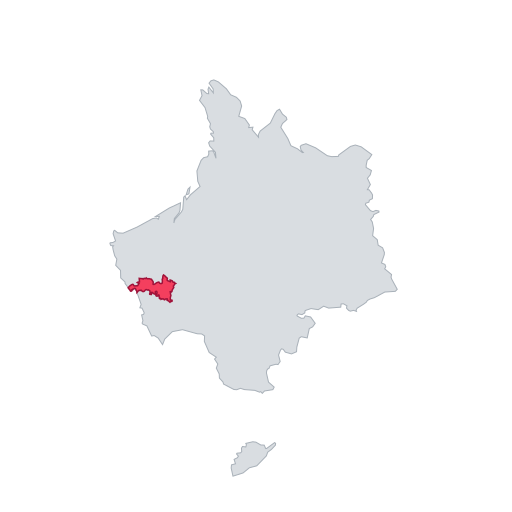 where Haute-Garonne sits in France, rotated 52°
{"feature_id": "FRA-5298", "entity_name": "Haute-Garonne", "entity_type": "Metropolitan department", "adm_level": 1, "iso_a3": "FRA", "parent_name": "France", "parent_adm1": "", "projection": "albers", "projection_center": [1.234, 43.301], "detail": "fine", "context": "in_parent", "style": "filled", "palette": "rose", "viewbox_px": 512, "rotation_deg": 52, "n_neighbors": 0, "source": "natural_earth", "source_scale": "10m", "svg_char_len": 6773}
<svg xmlns="http://www.w3.org/2000/svg" viewBox="0 0 512 512"><g transform="rotate(52 256 256)"><path d="M361.5,210.9L358.9,212.6L357.5,215.7L355.9,216.5L352.8,216.8L351.2,215.0L347.5,216.5L346.2,218.5L348.5,220.7L341.8,230.8L337.2,233.6L336.6,240.0L331.3,245.0L329.5,250.1L329.4,251.1L330.9,252.6L330.5,255.9L327.7,258.2L327.9,260.2L328.7,260.5L333.0,258.6L334.5,256.6L333.5,254.0L337.7,250.5L345.5,250.8L346.7,255.0L346.0,258.7L352.1,266.1L347.5,270.0L347.3,272.5L352.9,279.9L356.4,283.0L355.0,288.3L349.8,292.1L346.3,292.0L344.9,293.0L345.2,294.6L347.9,299.2L354.0,301.9L355.1,305.5L353.6,306.9L351.2,312.5L352.6,315.1L352.2,316.3L352.9,318.1L354.6,319.8L363.1,323.8L370.5,322.4L371.7,325.0L367.6,332.4L368.1,335.6L365.8,335.8L365.5,337.0L361.1,339.7L354.1,347.4L350.7,349.7L349.5,353.5L347.6,355.6L337.0,360.4L335.0,359.6L329.7,360.0L326.3,357.6L319.9,356.3L317.6,352.6L311.7,352.1L311.3,349.6L303.2,352.3L291.5,349.3L287.3,345.7L284.0,346.8L281.1,350.2L268.8,359.3L264.1,368.5L265.3,379.1L268.3,384.2L260.5,383.6L256.0,385.2L254.8,387.5L243.9,385.0L239.9,387.2L238.8,387.1L237.3,384.9L232.0,382.4L232.8,380.6L232.0,379.1L227.0,377.9L225.3,379.4L223.4,376.3L209.3,371.5L207.1,371.5L206.1,376.3L197.1,376.1L195.8,375.2L190.0,376.1L183.9,371.6L177.0,372.3L172.8,367.6L168.8,367.2L163.0,364.7L160.5,363.3L160.2,362.0L158.4,364.0L156.3,363.5L155.8,362.8L157.3,360.3L157.7,357.4L150.5,354.9L148.7,352.7L148.7,351.6L152.6,350.7L156.2,346.7L160.0,331.9L162.9,314.4L164.7,311.1L166.9,310.3L165.2,307.8L163.0,310.9L164.8,294.8L167.6,282.7L173.3,287.9L174.6,290.1L176.2,297.3L179.4,300.4L177.3,297.4L175.4,287.8L174.2,285.0L165.1,276.7L164.9,274.9L168.9,276.0L167.4,269.9L166.8,257.3L161.3,255.9L152.6,250.2L146.8,240.3L146.3,236.7L148.0,233.0L146.7,230.5L144.2,228.7L146.3,225.5L148.1,225.3L154.4,227.4L149.3,224.1L140.9,224.8L137.6,223.6L137.1,221.3L139.5,218.5L136.8,216.5L132.0,216.7L131.5,215.9L133.0,213.9L131.8,213.1L127.9,213.7L125.7,212.9L123.7,210.4L117.5,209.5L116.2,208.1L107.7,204.8L98.6,204.7L96.4,199.8L91.1,197.2L92.3,195.7L97.8,194.7L99.0,193.4L95.1,191.2L93.9,189.2L101.2,189.2L98.0,186.9L90.9,186.6L90.2,183.7L91.3,180.8L95.6,178.5L106.0,176.4L113.4,176.7L118.9,173.7L124.1,173.1L129.0,175.0L135.3,183.6L140.8,180.2L148.7,180.6L150.3,182.7L152.6,179.1L154.2,181.3L164.0,180.9L161.8,179.4L160.1,175.8L160.1,162.9L155.5,153.4L154.4,149.9L154.8,147.1L160.5,147.8L165.3,146.7L167.5,147.6L167.9,153.6L169.8,157.2L183.0,158.6L190.6,160.6L197.1,157.3L203.1,155.8L203.6,155.0L200.2,155.3L197.0,153.8L196.6,152.2L198.3,147.5L207.5,142.4L220.8,138.1L224.3,135.2L228.2,129.8L227.3,128.5L227.8,114.1L229.7,109.4L234.7,105.9L247.4,102.3L249.0,106.9L249.0,109.4L252.4,113.4L254.1,114.7L259.7,112.4L262.4,116.1L263.3,120.3L270.1,121.9L272.3,127.4L273.5,126.1L277.7,126.2L279.7,126.6L282.5,129.0L281.8,132.3L283.1,133.9L282.0,137.0L282.9,138.2L290.7,137.9L293.0,136.5L293.9,133.4L296.2,131.5L297.1,132.0L295.9,137.7L297.0,139.2L297.8,143.2L300.7,143.4L306.7,146.4L311.8,151.6L317.8,150.4L322.7,153.1L327.5,151.2L332.2,152.6L333.9,154.1L338.7,161.4L342.0,159.6L344.4,160.4L345.3,162.5L354.1,160.6L355.8,162.6L357.7,163.3L369.2,165.2L369.6,168.0L363.7,176.7L361.7,188.4L360.1,192.6L359.6,195.6L360.3,197.6L360.2,200.8L359.4,208.4L360.3,210.5L361.5,210.9ZM417.9,362.8L417.8,367.6L419.9,370.9L421.8,384.6L418.8,391.6L419.0,399.7L415.3,409.7L407.8,406.1L405.5,403.9L407.1,400.1L402.8,398.5L403.5,394.9L402.9,393.1L400.0,393.2L399.7,392.3L401.6,389.4L401.4,387.7L398.5,385.8L397.8,383.9L400.2,381.6L398.9,379.8L397.4,379.4L400.4,372.9L402.6,370.7L408.0,368.5L410.0,366.0L413.7,366.9L414.2,366.2L414.5,356.2L415.7,355.9L417.0,357.1L417.9,362.8ZM165.7,270.6L164.8,273.4L161.4,268.4L161.1,265.6L165.7,270.6Z" fill="#d9dde1" stroke="#a8b0b8" stroke-width="1"/><path d="M209.6,371.6L209.2,371.6L208.4,371.2L208.0,371.2L207.3,371.2L206.8,371.4L206.6,371.9L206.7,372.6L206.3,373.5L206.6,373.9L206.4,374.0L206.2,374.5L206.5,374.6L206.8,375.0L207.0,375.5L206.9,376.0L206.7,376.3L206.4,376.5L205.6,376.3L202.6,376.4L202.2,376.2L202.2,375.7L201.9,373.8L202.0,371.8L202.2,371.0L202.5,370.4L203.0,370.3L204.2,370.5L205.0,369.9L206.5,367.6L206.4,367.2L206.0,366.1L205.6,365.1L204.8,365.4L204.1,365.9L203.8,366.0L203.8,365.6L203.9,365.1L204.4,364.2L204.6,363.7L201.7,361.8L203.2,360.3L203.6,359.7L203.9,359.4L204.6,359.2L204.8,358.9L204.7,358.6L204.7,358.2L204.7,357.9L205.6,357.1L205.9,356.6L205.7,356.0L206.4,355.9L207.0,355.6L208.2,354.0L209.0,353.5L209.6,352.9L209.9,352.7L210.0,352.7L212.9,352.9L213.5,353.2L214.6,354.3L215.0,354.5L215.6,353.9L215.8,352.8L215.9,350.7L216.4,349.2L216.7,348.6L218.2,348.7L219.3,347.9L219.6,346.6L218.5,345.5L216.7,344.3L216.5,344.2L216.4,343.5L216.3,343.3L216.1,343.2L215.5,342.7L214.4,341.6L214.1,340.9L214.0,340.5L216.3,339.9L217.5,339.9L218.3,339.6L219.0,339.6L219.4,340.0L219.8,340.5L220.3,340.9L220.9,340.9L223.5,339.4L223.3,339.1L222.6,338.8L222.1,338.4L223.9,337.3L224.5,337.3L225.1,337.5L225.4,337.5L225.7,337.4L226.2,336.7L226.5,336.5L226.9,336.8L227.1,336.8L227.4,336.7L227.9,336.3L228.2,336.2L228.0,337.3L228.7,338.8L228.8,339.6L229.5,340.0L230.3,340.3L230.3,340.6L231.2,343.0L231.5,343.3L232.0,343.8L232.2,344.2L232.3,344.7L232.0,344.8L231.7,344.9L231.5,345.2L231.3,345.6L233.8,347.0L234.5,347.2L234.9,347.6L235.9,349.0L236.2,349.3L236.9,349.8L237.6,350.4L237.9,350.5L238.3,350.3L238.8,349.6L239.0,349.4L239.4,349.5L239.8,349.8L240.0,350.2L239.9,350.5L239.6,350.8L239.4,351.2L239.4,351.8L239.5,352.3L237.6,352.6L236.9,352.9L236.6,353.1L236.3,353.3L236.0,353.3L235.9,353.2L235.8,352.8L235.8,352.6L235.6,352.4L235.2,352.3L234.9,352.6L234.9,352.8L234.8,353.0L234.7,353.1L234.5,353.3L234.3,353.5L234.2,353.7L234.1,354.0L234.2,354.4L234.3,354.6L234.3,354.9L234.1,355.2L233.9,355.3L233.3,355.3L232.7,355.5L232.4,355.6L232.3,355.8L232.3,356.0L232.3,356.3L231.9,356.7L231.8,357.0L231.7,357.5L231.1,357.2L230.7,357.6L230.4,358.1L230.0,358.2L229.9,358.0L229.7,357.7L229.3,357.5L228.7,357.6L228.2,357.3L227.3,356.5L226.8,356.6L226.6,357.1L226.8,357.4L227.0,357.8L227.0,358.0L226.7,358.8L226.1,359.2L225.5,359.2L225.0,358.8L224.9,358.6L225.1,358.0L225.0,357.7L223.9,356.5L223.4,356.2L222.8,356.1L222.3,356.4L222.2,357.3L222.5,357.7L223.8,358.2L224.1,358.6L223.9,359.1L223.3,359.5L222.3,360.0L221.2,360.0L220.7,360.2L220.3,360.7L220.4,361.1L221.5,361.6L221.9,362.2L220.8,363.3L220.4,363.2L220.2,362.9L219.9,362.5L219.6,362.0L218.3,361.2L218.1,361.1L217.9,361.1L217.1,361.5L216.7,361.5L216.3,361.7L216.1,362.4L215.9,362.6L215.6,362.8L215.2,362.9L214.9,363.1L214.7,363.5L214.7,364.3L215.0,365.9L214.8,366.5L214.4,367.0L214.0,367.3L212.9,367.5L212.3,367.5L212.1,367.7L212.0,367.9L211.9,368.4L211.9,368.6L211.7,368.8L211.3,369.0L211.1,369.2L211.0,370.0L211.5,372.3L210.5,371.7L210.1,371.6L209.6,371.6Z" fill="#f43f5e" stroke="#9f1239" stroke-width="1.5"/></g></svg>